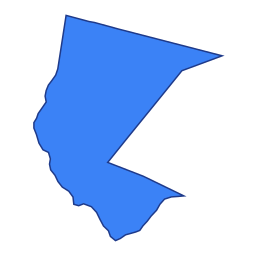 Belém, Paraíba, Brazil (Robinson projection)
{"feature_id": "56859067B74448928425646", "entity_name": "Belém", "entity_type": "district", "adm_level": 2, "iso_a3": "BRA", "parent_name": "Brazil", "parent_adm1": "Paraíba", "projection": "robinson", "projection_center": [-35.506, -6.712], "detail": "fine", "context": "isolated", "style": "filled", "palette": "blue", "viewbox_px": 256, "rotation_deg": 0, "n_neighbors": 0, "source": "geoboundaries", "source_scale": "gbopen_adm2", "svg_char_len": 806}
<svg xmlns="http://www.w3.org/2000/svg" viewBox="0 0 256 256"><path d="M73.8,204.3L78.7,205.7L83.6,203.8L91.4,206.7L96.6,212.4L100.0,219.4L103.5,226.0L108.4,230.7L110.4,236.4L115.5,240.6L120.3,238.5L125.6,234.8L129.7,233.7L135.7,232.0L139.8,230.4L142.9,225.9L147.4,221.0L150.9,216.3L156.6,210.2L159.9,204.3L164.5,199.1L171.4,196.9L178.4,196.4L183.8,195.9L143.2,176.2L114.6,165.1L107.7,162.4L127.9,137.3L164.2,92.6L181.9,70.7L222.1,55.8L117.5,28.8L94.5,22.5L88.9,21.5L66.1,15.4L57.8,68.9L55.7,75.1L51.8,80.6L48.4,85.1L46.2,90.5L45.1,96.1L46.2,102.0L42.2,107.8L38.2,113.5L36.6,118.2L33.9,122.6L33.9,128.1L36.4,134.4L39.0,143.2L43.0,149.8L48.5,152.4L50.4,158.9L49.5,164.1L50.7,169.9L55.0,175.3L58.0,181.6L62.3,187.1L68.8,191.2L73.0,197.0L73.8,204.3Z" fill="#3b82f6" stroke="#1e3a8a" stroke-width="1.5"/></svg>